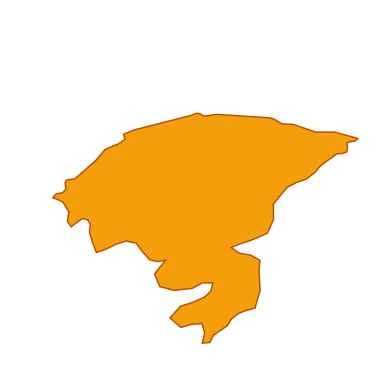 SVG path tracing the border of Gālla, rotated 119°
{"feature_id": "LKA-2464", "entity_name": "Gālla", "entity_type": "District", "adm_level": 1, "iso_a3": "LKA", "parent_name": "Sri Lanka", "parent_adm1": "", "projection": "mercator", "projection_center": [80.274, 6.202], "detail": "fine", "context": "isolated", "style": "filled", "palette": "amber", "viewbox_px": 384, "rotation_deg": 119, "n_neighbors": 0, "source": "natural_earth", "source_scale": "10m", "svg_char_len": 1455}
<svg xmlns="http://www.w3.org/2000/svg" viewBox="0 0 384 384"><g transform="rotate(119 192 192)"><path d="M264.5,311.0L261.4,310.5L259.0,309.5L257.3,307.1L255.2,304.8L251.4,303.7L249.1,304.5L247.2,306.2L245.3,307.5L242.7,307.5L241.8,306.7L241.0,306.0L237.9,301.5L236.3,300.6L235.9,300.4L232.4,299.1L211.3,291.5L202.6,289.7L196.4,288.4L185.6,279.7L183.2,278.5L178.4,276.2L174.7,279.9L165.5,272.4L125.1,229.6L121.8,227.0L121.4,226.5L120.3,225.1L119.7,223.0L119.8,218.8L118.6,216.6L116.9,214.4L112.4,208.5L89.5,160.1L88.5,155.5L88.7,151.3L88.8,147.2L87.9,144.6L83.8,136.1L79.6,112.8L70.5,96.4L64.8,73.0L68.2,73.8L70.9,77.5L73.8,80.2L77.0,77.9L82.0,76.0L85.6,79.4L88.2,83.7L106.4,92.2L115.4,94.0L125.3,98.3L133.3,105.4L141.5,110.9L163.0,115.0L176.5,107.4L191.6,106.1L206.2,117.4L213.9,124.7L221.6,130.9L222.6,120.9L218.8,110.1L218.8,99.4L228.0,95.4L245.3,84.6L263.0,80.6L269.1,86.9L275.8,92.6L284.2,96.0L291.5,96.2L307.0,103.8L315.0,103.5L319.2,109.7L309.0,112.7L302.3,119.5L308.1,128.4L315.8,136.1L312.9,150.2L297.5,146.7L288.1,137.8L277.6,129.9L269.4,127.5L261.5,129.6L266.3,138.8L276.2,145.1L286.7,160.1L290.4,174.4L281.7,185.0L264.3,182.0L269.5,188.1L271.8,196.2L268.2,206.5L263.8,216.2L266.9,225.9L274.6,233.2L283.4,239.2L291.2,246.3L284.5,254.4L276.6,262.4L269.8,265.1L266.8,269.8L268.4,275.0L272.3,277.0L281.0,280.8L278.0,286.8L269.1,290.1L263.5,299.8L263.6,305.2L264.5,310.5L264.5,311.0Z" fill="#f59e0b" stroke="#b45309" stroke-width="1.5"/></g></svg>